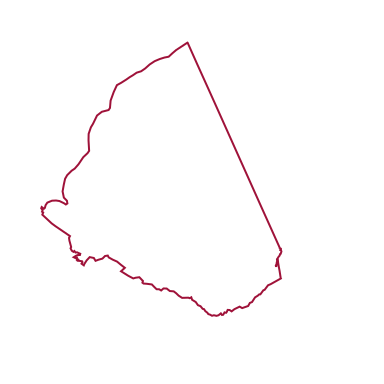 Muynak, Karakalpakstan, Uzbekistan, rotated 34°
{"feature_id": "79887680B8314614924968", "entity_name": "Muynak", "entity_type": "district", "adm_level": 2, "iso_a3": "UZB", "parent_name": "Uzbekistan", "parent_adm1": "Karakalpakstan", "projection": "robinson", "projection_center": [59.714, 44.364], "detail": "fine", "context": "isolated", "style": "outline", "palette": "rose", "viewbox_px": 384, "rotation_deg": 34, "n_neighbors": 0, "source": "geoboundaries", "source_scale": "gbopen_adm2", "svg_char_len": 2536}
<svg xmlns="http://www.w3.org/2000/svg" viewBox="0 0 384 384"><g transform="rotate(34 192 192)"><path d="M235.6,284.8L238.9,285.4L243.0,285.3L248.0,281.7L249.5,281.3L250.3,279.7L252.4,281.3L256.6,281.1L260.2,282.5L262.9,281.9L266.2,282.9L267.5,282.4L269.6,283.3L272.3,283.5L273.8,284.1L275.4,283.6L277.8,283.4L279.1,281.9L281.5,281.0L282.9,279.4L283.8,276.5L285.6,277.2L286.5,276.3L286.3,273.6L287.8,273.1L287.9,272.1L287.5,269.8L289.2,268.8L291.6,268.8L292.7,265.4L295.6,260.4L298.5,260.2L302.3,255.1L302.0,251.6L303.3,249.7L303.2,244.1L304.5,241.2L305.0,239.2L305.9,238.6L306.1,233.6L306.9,232.5L307.2,226.8L308.7,224.5L314.0,214.0L313.8,213.9L308.5,208.2L306.1,205.8L302.9,202.4L302.4,201.8L302.6,202.9L303.0,203.1L302.9,205.5L303.3,206.3L303.0,206.5L302.6,206.1L302.4,204.5L301.6,202.9L301.5,202.6L301.9,202.3L301.7,201.9L300.8,201.2L300.2,200.5L300.0,200.0L300.1,199.5L300.0,197.3L300.2,195.9L300.0,195.0L299.7,194.4L300.1,193.7L299.4,191.3L298.6,190.7L298.1,190.4L298.0,190.7L297.6,190.8L297.5,190.6L297.4,190.2L297.7,189.7L297.4,189.3L295.9,189.4L295.6,189.0L276.4,177.1L257.8,165.6L163.5,107.0L145.4,95.8L124.8,83.1L104.9,70.7L104.7,70.7L99.5,83.1L98.2,87.8L97.0,92.9L94.0,95.9L90.9,99.8L87.9,104.4L85.6,109.9L84.1,115.8L82.3,120.4L79.4,124.0L77.7,128.3L76.1,131.7L74.7,135.4L72.2,141.1L70.0,145.4L71.2,152.9L73.4,161.7L77.0,168.2L77.0,170.7L72.4,175.9L70.5,181.7L71.8,190.8L72.0,194.9L73.8,201.6L77.3,207.0L83.7,215.4L83.7,218.1L82.4,223.9L82.4,227.9L82.4,232.4L81.7,238.2L80.3,241.7L79.1,247.8L79.4,252.0L81.6,257.6L84.4,263.9L88.9,268.3L93.2,269.2L95.1,271.2L94.4,272.9L92.1,272.9L87.2,273.6L84.0,275.1L80.8,277.5L78.0,281.7L78.0,284.8L78.9,287.4L78.6,288.6L75.8,288.5L76.1,289.8L78.3,290.6L78.7,292.2L80.1,292.2L80.6,294.5L93.2,296.5L97.9,296.7L115.5,296.8L115.7,298.8L117.6,300.9L122.6,305.2L122.8,306.6L125.2,307.9L127.2,307.9L127.5,306.7L129.3,307.3L130.4,306.3L131.7,306.1L133.9,305.7L134.3,306.9L132.5,308.2L131.5,309.7L130.4,312.2L132.0,312.0L133.3,310.9L133.6,311.7L135.1,311.6L134.7,312.8L135.5,313.0L137.1,312.1L139.6,310.9L140.4,311.4L140.5,313.2L143.3,313.3L143.0,312.0L142.9,307.6L143.6,303.2L147.5,301.6L150.5,303.0L152.3,300.5L155.0,297.3L155.7,293.7L157.7,291.8L159.5,292.8L164.2,292.4L168.8,291.6L173.8,292.1L178.7,292.4L177.5,297.4L186.0,297.1L191.6,296.5L193.2,294.6L196.0,292.1L201.1,293.2L201.6,294.9L203.0,295.0L206.0,293.3L210.4,291.1L213.7,291.8L217.0,292.4L219.2,291.0L221.5,290.9L222.3,287.9L225.0,286.2L229.0,286.5L232.4,284.6L235.6,284.8Z" fill="none" stroke="#9f1239" stroke-width="2"/></g></svg>